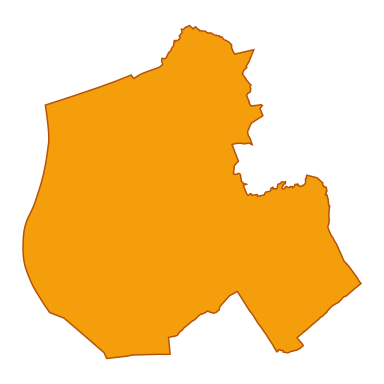 Olanu, Vâlcea, Romania
{"feature_id": "2599482B48279356491922", "entity_name": "Olanu", "entity_type": "district", "adm_level": 2, "iso_a3": "ROU", "parent_name": "Romania", "parent_adm1": "Vâlcea", "projection": "orthographic", "projection_center": [24.283, 44.872], "detail": "fine", "context": "isolated", "style": "filled", "palette": "amber", "viewbox_px": 384, "rotation_deg": 0, "n_neighbors": 0, "source": "geoboundaries", "source_scale": "gbopen_adm2", "svg_char_len": 5918}
<svg xmlns="http://www.w3.org/2000/svg" viewBox="0 0 384 384"><path d="M281.3,350.3L282.9,350.5L283.0,350.8L283.1,351.9L283.3,352.2L285.2,352.3L286.8,352.8L288.5,352.6L288.9,352.5L289.9,351.9L292.0,351.1L293.2,351.1L295.3,350.4L297.3,350.0L298.4,349.1L299.8,348.7L301.8,346.8L303.0,346.1L303.1,345.5L302.9,344.7L297.3,338.1L297.2,337.8L297.3,337.4L302.1,333.5L303.2,332.4L303.8,332.0L304.0,331.5L304.5,331.5L305.1,330.9L306.7,329.7L312.3,324.6L318.8,319.2L319.4,318.4L320.5,317.5L323.1,315.7L324.5,314.1L325.2,313.7L325.9,313.0L326.6,312.6L327.1,311.4L327.6,310.6L328.9,309.4L329.8,308.4L331.7,306.4L333.8,304.9L338.2,302.5L341.1,299.9L342.7,297.7L344.1,296.7L346.3,296.0L349.8,292.8L351.3,291.7L352.7,290.3L357.6,286.3L359.6,284.7L361.0,283.5L360.4,282.5L360.1,282.4L359.4,281.6L357.2,277.8L349.4,267.0L346.0,263.1L344.3,261.4L343.6,260.3L342.3,257.1L337.1,245.4L336.3,243.8L334.3,240.6L332.7,237.4L331.3,235.6L328.7,229.9L328.0,227.7L327.9,226.7L328.0,226.0L328.7,224.1L329.0,222.8L328.9,222.1L329.2,221.1L328.9,213.4L329.6,205.8L328.7,205.7L328.5,202.9L328.2,200.8L328.1,198.7L328.0,198.4L327.6,198.4L327.2,195.2L325.6,195.1L325.6,193.7L326.3,193.2L326.1,192.0L326.2,191.8L326.9,191.3L326.3,187.3L326.0,187.2L325.4,187.3L324.6,186.8L323.5,186.6L323.4,186.3L323.6,185.7L322.4,184.5L322.5,184.1L322.8,182.9L320.1,180.6L319.5,179.8L318.8,179.4L317.1,177.8L306.8,175.2L306.4,176.4L306.5,176.7L306.4,178.1L305.6,178.5L305.5,179.6L305.6,181.6L305.3,183.3L304.9,184.0L303.3,185.5L302.9,185.3L302.6,185.4L301.1,186.4L300.3,186.4L298.9,185.9L298.7,185.6L298.2,184.5L297.6,183.9L297.3,183.4L297.4,184.4L297.3,184.8L295.6,184.3L294.9,184.5L294.8,185.8L292.7,187.7L292.5,187.2L292.4,186.6L290.8,186.6L290.0,186.7L289.9,187.2L289.0,187.5L288.4,187.6L287.1,186.7L286.1,186.5L285.7,186.8L285.3,186.8L285.0,188.3L284.8,188.3L284.6,188.6L282.2,188.8L282.1,186.7L282.3,186.4L283.0,185.9L283.2,185.7L283.3,184.5L283.8,184.2L285.4,183.7L285.4,181.7L283.9,182.2L282.2,181.8L281.7,181.9L281.3,182.3L280.6,183.2L279.9,183.6L277.9,184.3L277.1,188.2L276.6,188.7L273.1,188.9L273.2,187.4L272.5,187.4L272.2,188.4L271.8,188.1L271.4,188.0L271.0,188.2L270.5,190.8L270.3,191.0L268.0,191.7L265.8,192.1L265.1,192.9L264.8,193.5L264.5,194.5L264.3,194.7L263.4,195.1L257.6,196.3L257.2,194.6L251.8,195.3L251.5,194.0L250.1,193.7L249.7,194.1L249.6,194.7L248.0,195.3L247.5,195.0L246.7,193.8L243.3,185.3L246.5,184.2L245.9,183.9L244.8,184.0L244.1,183.7L243.2,183.1L242.2,182.2L241.2,180.6L241.1,178.5L240.8,177.5L240.7,176.2L240.3,174.3L239.5,173.7L238.8,173.4L238.3,173.4L237.9,173.5L236.8,174.1L235.8,174.3L234.8,174.3L234.0,174.1L233.3,173.7L233.8,172.5L233.6,171.6L233.9,170.3L234.0,169.1L234.3,167.8L234.3,167.3L234.1,166.8L234.2,165.9L236.4,163.3L238.4,161.2L232.0,144.4L237.2,143.3L241.4,143.2L242.7,143.6L244.4,143.9L248.0,143.2L249.3,143.1L250.0,143.3L250.8,144.1L252.1,144.8L252.3,144.8L250.8,141.0L250.7,139.8L248.3,135.3L247.6,132.4L247.7,131.1L248.4,129.9L250.2,125.4L251.0,123.8L251.5,123.0L262.9,115.7L260.0,108.7L260.3,108.1L262.4,105.6L261.3,104.8L260.6,104.7L258.7,105.1L251.1,106.0L248.9,102.6L249.4,102.0L246.6,95.6L247.2,94.2L247.6,93.7L248.6,93.1L249.6,92.2L250.5,91.7L250.5,89.4L250.6,88.9L250.8,88.7L249.9,86.8L250.1,86.1L250.3,85.7L251.0,85.3L247.2,80.9L246.5,80.0L246.0,78.9L242.3,73.9L242.7,73.7L242.9,73.3L242.9,72.8L243.0,72.1L244.0,70.1L246.8,67.7L246.1,66.6L249.1,61.5L251.1,56.3L253.8,49.7L234.7,54.1L234.5,53.6L234.0,52.9L232.9,51.0L232.2,49.2L231.6,47.3L231.5,46.5L231.7,45.0L231.5,44.8L228.9,42.0L227.1,41.1L226.4,40.5L225.5,40.3L223.7,39.5L223.1,38.8L222.6,37.6L222.0,37.1L221.1,36.8L220.5,37.0L220.1,36.9L219.9,36.8L219.8,36.2L219.4,35.8L218.6,36.0L217.8,35.6L216.7,35.3L215.8,35.4L215.2,35.3L214.2,34.9L213.6,34.4L212.6,33.9L212.1,33.5L210.9,32.9L209.0,33.1L207.2,32.7L206.5,32.4L206.1,31.7L205.7,31.4L204.2,31.1L200.9,30.8L200.3,30.6L199.7,30.9L199.4,30.7L199.3,30.2L198.9,29.5L198.3,29.5L197.4,29.1L197.3,28.9L197.3,28.5L196.5,27.7L196.2,27.7L195.6,26.8L194.1,27.7L193.1,28.9L189.5,25.5L188.5,26.0L187.7,26.6L186.9,26.7L186.6,27.0L186.0,26.9L185.1,27.7L184.5,28.6L183.1,29.4L181.9,29.3L181.4,29.2L181.4,29.6L181.8,30.7L182.0,31.9L181.8,32.9L179.2,36.0L179.4,36.4L180.0,37.1L180.0,38.3L177.3,40.7L176.5,40.5L175.9,40.6L174.2,40.5L174.1,40.9L174.2,41.3L174.8,41.9L174.6,42.4L174.0,42.5L173.8,42.8L173.8,44.3L173.6,45.5L171.7,48.2L171.3,49.2L170.5,51.1L169.9,51.7L169.2,52.0L168.6,52.7L166.1,57.9L164.9,58.7L164.4,58.8L163.7,58.5L161.9,58.4L161.7,59.0L161.7,61.1L161.8,61.6L162.5,63.4L162.5,63.9L162.3,64.8L160.9,66.0L158.8,67.5L150.7,70.3L143.5,73.0L139.9,74.6L133.6,78.5L131.2,75.0L116.2,81.0L98.3,87.5L70.9,96.8L45.3,105.1L46.8,115.1L47.8,123.6L48.5,130.9L48.8,136.7L48.8,140.1L48.6,143.2L46.4,159.1L45.2,166.0L43.4,174.3L41.4,182.3L39.4,189.0L35.4,201.1L33.8,205.6L32.1,209.4L28.8,216.2L27.5,218.9L26.2,222.4L25.1,226.1L24.1,230.6L23.5,235.5L23.1,243.4L23.0,249.6L23.2,253.7L23.5,257.7L24.0,261.1L24.6,264.2L25.4,267.3L26.5,270.6L28.5,275.9L30.3,280.3L32.9,286.0L35.9,291.4L44.6,305.2L49.7,312.6L64.0,318.1L82.1,333.6L104.0,352.6L106.8,358.5L127.5,356.1L132.3,355.0L138.9,354.8L159.0,354.3L165.6,354.4L170.1,354.2L170.0,352.7L168.5,337.5L170.2,337.0L174.8,336.2L176.9,335.5L177.9,334.7L178.7,333.6L179.1,332.5L182.2,330.1L183.0,329.2L183.7,328.1L190.1,322.9L192.7,320.6L193.5,320.6L195.8,318.7L198.2,316.3L200.9,314.0L202.4,314.1L204.3,312.8L205.2,312.8L205.9,312.3L206.5,311.5L207.1,311.2L207.7,311.2L208.3,311.4L209.6,312.0L213.4,313.2L215.3,312.7L216.8,312.0L217.0,311.3L218.9,310.4L220.0,306.4L220.4,305.9L225.4,300.4L229.6,295.7L237.1,291.6L237.4,291.9L237.7,292.0L249.9,311.3L251.5,313.1L253.4,315.7L255.1,318.7L258.6,324.1L261.0,327.1L263.3,330.6L266.0,334.2L269.2,339.5L272.4,344.3L272.8,344.8L273.5,346.3L276.7,351.8L277.3,351.7L277.8,351.4L278.1,350.7L278.1,350.0L278.3,349.7L278.5,349.6L279.4,349.7L280.2,350.1L280.2,350.3L280.7,350.5L281.3,350.3Z" fill="#f59e0b" stroke="#b45309" stroke-width="1.5"/></svg>